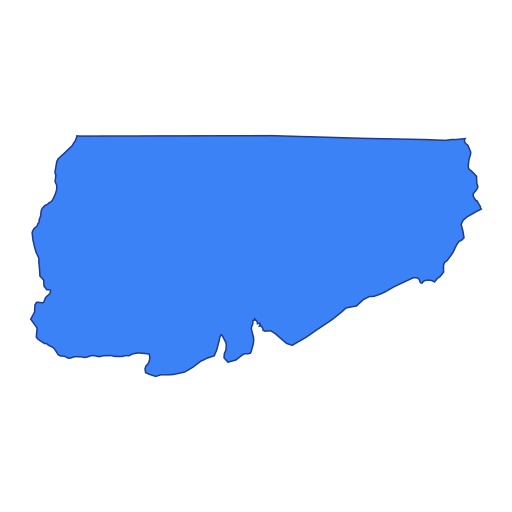 the district of Kongolo, Katanga, Democratic Republic of the Congo
{"feature_id": "63176286B90330150002289", "entity_name": "Kongolo", "entity_type": "district", "adm_level": 2, "iso_a3": "COD", "parent_name": "Democratic Republic of the Congo", "parent_adm1": "Katanga", "projection": "mercator", "projection_center": [26.751, -5.433], "detail": "fine", "context": "isolated", "style": "filled", "palette": "blue", "viewbox_px": 512, "rotation_deg": 0, "n_neighbors": 0, "source": "geoboundaries", "source_scale": "gbopen_adm2", "svg_char_len": 3919}
<svg xmlns="http://www.w3.org/2000/svg" viewBox="0 0 512 512"><path d="M292.2,345.3L306.4,337.1L316.7,329.9L332.4,319.4L342.4,311.3L346.0,308.0L352.2,306.7L356.4,306.0L363.4,299.6L369.1,296.6L373.8,296.4L380.3,294.1L385.1,291.9L393.9,286.8L406.2,281.0L413.4,277.7L417.0,277.8L418.9,279.0L420.5,282.8L422.0,283.1L423.9,280.9L427.2,280.1L431.3,280.4L434.6,281.9L437.2,278.6L440.2,276.4L443.6,272.1L443.5,265.3L444.7,262.3L447.1,260.6L448.9,258.2L449.9,256.8L452.7,253.0L456.7,244.7L458.9,241.5L462.0,239.9L464.0,237.8L463.3,233.3L462.9,231.0L461.1,224.2L463.3,220.1L467.2,216.8L472.7,213.7L476.6,211.4L481.3,209.1L480.6,208.3L480.4,206.8L480.4,206.7L476.9,200.7L476.5,200.7L476.1,200.8L473.3,196.4L473.1,194.0L474.8,191.8L476.6,189.7L477.8,187.4L477.7,185.8L476.8,183.3L476.6,178.1L476.6,176.4L475.1,174.7L471.1,170.7L470.3,170.3L468.8,168.7L468.7,168.5L468.2,166.7L468.9,159.9L470.0,156.0L470.6,154.2L470.7,152.1L468.0,145.5L465.9,143.7L464.6,142.0L464.6,140.6L464.6,139.4L465.1,138.6L455.5,139.6L451.9,139.5L445.3,140.4L443.7,140.3L431.1,139.8L426.8,139.6L392.2,138.9L387.3,138.8L386.3,138.8L369.9,138.5L367.3,138.4L365.4,138.4L351.8,138.0L308.1,136.7L303.2,136.6L270.0,135.6L267.1,135.7L266.8,135.7L266.2,135.7L265.6,135.7L263.2,135.7L205.6,135.8L172.8,135.9L167.0,135.9L159.7,135.9L137.0,136.0L131.5,136.0L109.3,136.0L88.8,136.1L79.5,136.1L76.9,135.8L76.5,137.7L75.5,140.3L75.4,140.5L74.8,141.5L73.2,143.9L72.1,145.8L71.7,146.1L64.3,153.2L57.9,159.1L57.8,159.5L57.3,160.4L56.8,161.4L55.8,167.3L55.0,171.7L55.0,172.0L55.1,173.5L55.9,174.9L55.1,181.8L55.4,182.4L55.9,183.5L56.6,184.9L56.7,186.5L56.8,187.9L56.3,191.0L55.7,192.8L54.9,195.1L53.5,198.0L52.5,200.0L52.3,200.4L51.7,201.0L50.8,202.0L49.9,202.4L48.9,202.8L48.8,203.0L48.3,203.5L48.2,203.6L48.1,203.8L47.8,204.1L45.8,205.0L45.5,205.2L44.9,205.5L43.9,206.5L42.9,207.6L42.4,208.1L41.2,210.6L40.6,216.0L40.5,216.3L39.1,220.0L39.1,221.2L39.1,222.4L38.9,222.6L37.7,223.9L37.6,224.4L37.2,225.8L37.1,226.0L36.2,226.8L34.6,228.0L34.2,228.3L33.3,229.9L32.8,230.7L32.4,231.8L32.1,232.7L33.0,240.3L34.6,247.1L36.0,252.1L38.8,258.1L38.8,262.2L39.3,266.6L39.8,272.9L39.9,276.0L43.7,280.1L43.9,284.8L44.0,286.1L46.7,289.7L50.1,289.9L50.7,291.0L49.7,293.8L46.8,296.3L45.5,297.7L44.3,300.7L43.8,302.2L42.9,302.8L39.9,302.5L37.6,302.2L36.5,302.4L35.0,304.7L34.7,309.0L34.6,312.0L32.0,316.8L30.7,319.1L35.4,325.6L37.1,328.1L36.6,333.3L36.3,337.2L38.3,339.5L44.6,343.6L46.4,343.5L47.7,344.6L48.3,345.1L49.7,345.8L50.7,346.3L53.0,347.5L53.8,348.3L55.1,349.8L57.7,354.0L58.1,354.6L60.2,355.9L64.4,356.2L67.5,357.8L68.0,358.1L68.4,358.1L70.4,358.1L74.1,356.8L77.0,356.6L77.3,356.7L81.1,356.8L84.7,357.5L87.6,356.9L90.1,356.0L91.4,355.6L94.7,355.7L99.1,356.7L101.7,356.1L103.5,355.7L103.9,355.7L110.1,355.6L111.7,355.6L111.8,355.6L114.5,356.4L119.7,356.5L122.3,356.4L125.3,355.7L126.1,355.5L126.3,355.5L128.8,355.8L130.0,355.2L132.6,353.9L138.3,352.9L149.0,353.9L149.8,356.7L149.6,359.8L148.3,363.4L145.8,366.2L145.0,369.0L145.6,372.7L149.9,374.5L155.7,376.4L160.8,374.8L164.0,374.8L167.8,374.8L172.8,374.6L184.5,372.1L192.9,367.2L197.6,363.6L200.9,361.1L203.9,359.8L206.5,358.4L214.4,355.7L215.2,353.2L216.5,350.7L219.1,340.9L219.6,338.3L220.0,336.6L221.2,334.9L221.8,334.9L223.4,337.8L224.8,340.5L225.7,342.3L226.3,344.6L225.9,350.2L224.4,353.4L224.0,357.8L227.9,362.2L235.9,360.0L242.1,355.1L244.5,353.8L247.5,353.8L250.3,353.3L250.9,352.2L251.1,351.8L252.3,347.5L253.3,343.8L253.7,340.3L253.6,338.9L253.6,338.0L253.6,337.6L253.2,336.1L251.4,329.2L251.6,326.6L251.9,326.0L252.0,325.9L252.7,324.3L253.0,320.5L253.0,320.4L254.7,320.1L254.8,320.1L254.8,319.0L257.3,321.9L257.4,323.2L257.4,323.7L258.4,323.5L259.9,323.3L260.0,323.6L260.2,324.0L259.3,326.1L259.8,326.1L260.3,326.0L260.9,325.9L262.0,327.2L262.2,327.3L262.6,327.9L263.1,330.3L264.9,331.2L268.1,330.9L270.8,330.9L273.5,332.5L274.8,333.3L286.5,343.4L292.2,345.3Z" fill="#3b82f6" stroke="#1e3a8a" stroke-width="1.5"/></svg>